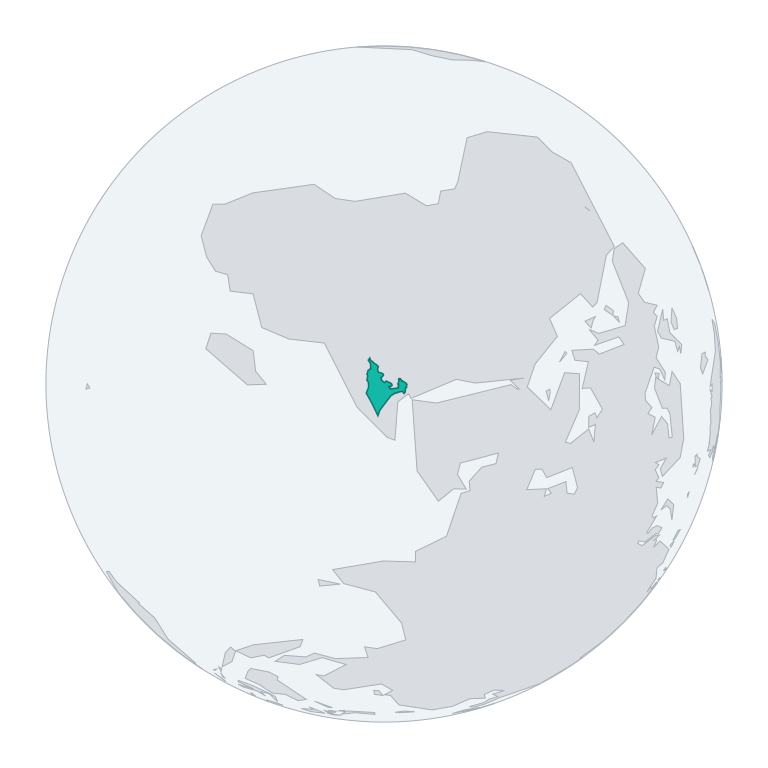 Somali highlighted on a globe, orthographic projection, rotated 109°
{"feature_id": "ETH-3134", "entity_name": "Somali", "entity_type": "Administrative State", "adm_level": 1, "iso_a3": "ETH", "parent_name": "Ethiopia", "parent_adm1": "", "projection": "orthographic", "projection_center": [42.488, 7.246], "detail": "fine", "context": "on_globe", "style": "filled", "palette": "teal", "viewbox_px": 768, "rotation_deg": 109, "n_neighbors": 0, "source": "natural_earth", "source_scale": "10m", "svg_char_len": 11851}
<svg xmlns="http://www.w3.org/2000/svg" viewBox="0 0 768 768"><g transform="rotate(109 384 384)"><circle cx="384" cy="384" r="338" fill="#eef3f6" stroke="#a8b0b8"/><path d="M190.2,107.2L184.0,111.7L178.7,115.6L177.3,116.7L190.2,107.2ZM46.2,392.8L49.4,406.4L55.3,424.9L58.0,445.4L58.7,466.1L72.6,513.8L74.5,519.7L65.0,495.4L57.3,470.4L51.6,444.8L47.9,418.9L46.2,392.8ZM346.5,48.2L347.6,48.1L334.9,49.7L334.5,49.7L346.5,48.2ZM553.2,91.5L555.3,92.8L578.9,109.2L580.1,108.9L588.4,115.0L616.3,138.7L642.8,172.4L654.3,185.1L660.0,193.4L661.3,198.3L652.9,186.1L647.4,181.7L642.5,174.6L641.8,180.1L634.7,170.4L637.6,180.4L644.8,188.1L648.1,186.1L653.6,200.2L666.6,214.5L676.5,232.5L682.6,265.4L676.3,276.4L677.7,282.5L670.9,276.1L668.4,288.7L686.2,322.5L688.0,332.7L680.8,353.2L679.5,345.6L661.6,328.5L662.9,353.3L676.7,372.6L681.6,396.6L673.0,389.8L667.5,369.0L661.1,362.2L659.5,340.7L647.8,310.0L638.9,316.8L636.4,304.2L618.9,280.1L604.3,289.5L583.4,324.5L585.8,357.1L576.2,372.1L551.5,326.8L542.0,296.3L532.1,299.7L507.6,275.3L462.3,275.5L456.8,267.9L448.1,271.8L430.9,264.5L422.8,252.2L412.0,253.3L433.9,286.0L445.6,285.1L456.6,272.0L460.4,284.0L477.1,294.4L455.4,324.4L389.7,352.2L384.9,328.1L343.2,263.6L345.4,256.5L345.3,255.7L344.9,254.3L339.4,265.8L332.8,253.5L353.3,297.8L356.1,317.2L388.8,353.7L385.3,357.6L396.3,365.1L433.6,355.4L433.4,363.5L414.9,401.7L364.7,453.7L372.4,488.5L370.4,517.9L341.4,537.2L346.3,559.6L331.6,567.3L332.2,579.9L321.7,593.0L303.4,605.1L269.7,604.3L265.8,593.0L246.1,570.4L218.0,515.2L224.5,490.4L220.7,470.7L196.6,426.0L201.7,401.8L195.8,391.3L183.1,393.2L176.5,380.7L169.0,380.0L124.1,385.6L111.9,368.7L100.6,319.3L109.8,300.9L113.9,279.1L178.9,211.1L189.8,215.7L237.8,209.1L243.3,211.8L234.6,227.6L268.1,248.8L282.5,235.6L315.9,247.6L340.1,247.6L354.1,217.9L314.5,216.9L310.7,202.5L344.8,190.9L379.9,193.6L379.5,188.3L359.9,175.8L370.5,166.7L353.4,171.0L358.4,176.4L347.9,179.8L342.6,175.1L346.6,171.7L336.7,169.2L320.4,187.5L323.7,195.1L296.4,198.0L299.3,211.2L291.0,217.3L282.9,197.3L285.7,190.2L268.4,169.9L263.0,177.3L278.9,197.5L272.8,195.8L265.6,207.8L266.3,197.4L250.3,175.0L227.4,179.1L193.6,208.1L181.1,210.4L172.8,204.2L189.7,174.5L215.6,173.1L221.9,164.2L220.6,151.4L228.6,152.6L231.3,147.7L241.4,147.3L259.7,136.2L270.6,135.3L281.5,121.7L288.6,119.9L280.1,128.1L280.1,134.1L307.7,134.2L314.2,131.4L319.1,123.0L326.0,124.8L327.2,116.7L345.0,114.3L324.3,111.0L329.5,102.8L342.2,97.1L340.2,94.2L319.5,103.7L314.6,108.3L316.3,112.9L299.6,127.0L289.3,129.3L292.7,113.6L278.4,115.7L287.3,104.0L337.9,82.9L357.0,80.0L380.8,90.7L374.2,95.1L362.3,93.0L369.8,101.8L370.9,97.7L376.7,99.7L383.1,93.7L387.5,94.9L386.1,87.5L392.2,88.4L393.0,93.0L407.7,86.4L421.5,87.6L422.7,85.7L420.1,83.3L439.3,87.3L439.3,85.7L433.1,83.7L429.0,79.6L429.4,74.4L436.1,76.0L436.8,78.1L448.4,85.7L449.4,92.0L452.1,92.3L452.8,87.3L438.8,77.9L437.1,74.4L444.8,78.2L441.9,76.5L443.2,75.3L450.6,76.0L442.6,71.8L447.5,60.8L462.4,62.2L468.7,66.0L479.2,63.6L495.2,67.7L489.3,65.5L490.4,64.4L485.4,62.9L482.7,61.9L483.1,60.9L507.2,69.4L530.7,79.6L553.2,91.5ZM153.4,245.7L150.9,252.0L153.4,245.7ZM415.3,213.1L437.4,214.6L430.2,196.3L438.1,195.8L432.8,190.2L429.6,195.1L417.0,180.2L427.6,175.4L426.3,168.1L418.8,167.3L401.6,178.8L419.5,199.6L413.2,206.9L415.3,213.1ZM173.9,119.3L176.5,117.3L172.0,120.8L173.9,119.3ZM167.1,124.9L161.5,129.8L153.1,137.4L158.4,132.5L155.4,135.1L167.1,124.9ZM235.9,124.6L238.0,127.4L232.2,132.7L218.4,136.5L226.7,128.6L235.9,124.6ZM242.4,130.4L249.7,115.4L258.6,113.3L252.4,116.8L257.5,117.0L248.9,122.9L250.3,136.7L245.2,142.5L222.5,144.8L232.7,140.4L230.0,137.5L242.4,130.4ZM252.5,89.7L255.7,85.6L270.8,86.0L266.0,89.9L251.9,93.2L249.3,90.6L252.5,89.7ZM271.2,65.4L270.8,65.6L270.7,65.6L271.2,65.4ZM263.9,68.2L255.4,71.6L248.4,74.5L263.9,68.2ZM345.8,53.9L339.8,53.4L342.2,56.4L332.8,57.0L333.7,57.4L325.7,59.1L317.5,62.0L313.7,62.2L312.1,63.4L306.8,64.9L303.3,66.7L295.3,67.9L290.5,70.4L289.4,69.6L283.2,73.8L284.2,71.3L277.4,73.7L280.0,74.9L244.9,81.4L229.4,87.8L216.0,94.9L219.5,90.9L234.3,82.3L253.8,73.1L268.2,68.3L267.2,67.9L273.8,65.7L271.8,66.9L278.8,63.9L283.7,62.5L301.1,57.4L308.0,55.0L314.5,53.5L314.3,53.8L321.0,52.2L324.9,52.1L329.7,51.2L338.3,50.7L335.1,52.6L340.6,51.6L347.5,51.9L345.8,53.9ZM333.0,50.0L334.5,49.8L339.8,49.0L337.8,49.4L349.8,47.9L348.0,49.0L342.0,50.2L329.5,50.7L324.6,51.5L317.8,52.6L333.0,50.0ZM251.4,206.1L256.0,206.9L263.6,206.4L259.2,214.4L251.4,206.1ZM240.1,190.9L244.5,190.0L242.0,200.0L237.3,199.6L240.1,190.9ZM249.1,181.4L244.9,189.1L244.3,184.8L249.1,181.4ZM284.5,127.2L289.5,126.3L289.2,128.3L285.4,131.3L284.5,127.2ZM351.0,66.4L348.5,65.0L350.5,64.4L351.8,60.7L358.9,60.5L360.9,62.6L351.0,66.4ZM346.2,222.8L338.0,228.4L334.9,225.5L338.3,224.1L346.2,222.8ZM295.6,221.1L306.2,225.2L294.3,223.3L295.6,221.1ZM358.9,65.5L358.6,63.9L362.3,64.8L358.9,65.5ZM364.1,60.2L368.8,60.9L359.9,60.0L364.1,60.2ZM483.5,660.8L485.9,664.1L480.5,664.6L483.5,660.8ZM429.3,512.8L408.6,563.9L392.3,564.2L388.2,549.4L395.1,518.5L413.7,509.5L422.6,495.3L429.3,512.8ZM708.0,449.5L709.9,450.6L709.5,452.1L708.0,449.5ZM706.2,444.5L709.0,444.5L705.2,448.1L706.2,444.5ZM709.9,444.5L712.7,441.0L713.9,438.2L713.3,441.5L709.9,444.5ZM704.1,445.0L689.4,446.6L682.6,443.3L685.0,437.3L695.9,437.4L704.1,445.0ZM684.4,437.2L673.0,422.4L652.0,377.6L659.6,377.7L680.5,403.8L679.4,408.9L686.3,420.8L684.4,437.2ZM708.8,404.4L707.5,419.4L700.1,419.2L696.3,417.3L693.8,398.6L695.3,388.8L698.6,388.7L707.5,354.8L711.4,362.2L709.6,376.2L712.6,388.7L708.8,404.4ZM587.4,360.1L596.0,379.0L590.3,382.6L587.4,360.1ZM707.9,331.9L706.5,346.4L706.8,327.3L707.9,331.9ZM706.3,314.3L708.0,321.2L705.3,314.7L706.3,314.3ZM680.5,291.9L677.1,293.9L675.5,289.1L678.9,283.7L680.5,291.9ZM683.9,248.1L689.5,261.9L690.8,266.6L686.6,258.4L683.9,248.1ZM418.9,67.5L409.2,72.4L406.9,77.1L413.0,81.2L400.3,78.2L403.8,70.8L418.9,67.5ZM443.3,61.1L437.9,58.5L442.9,59.1L444.8,59.7L443.3,61.1ZM438.2,59.9L426.6,58.3L425.3,56.5L434.7,58.1L438.2,59.9ZM392.6,60.0L389.2,61.2L386.3,60.3L392.6,60.0ZM667.7,567.5L651.8,585.3L650.6,583.0L657.9,573.0L670.6,544.1L671.7,544.5L679.7,524.8L695.6,505.0L709.2,471.3L710.0,472.6L712.6,462.9L704.7,490.4L694.6,517.1L682.2,542.9L667.7,567.5ZM712.4,450.2L716.1,438.0L716.9,436.7L712.4,450.2ZM721.5,401.7L721.5,400.9L721.5,400.5L721.5,401.7ZM721.8,393.8L721.7,390.9L721.9,389.1L721.8,393.8ZM719.9,406.4L719.6,410.3L719.2,407.4L719.9,406.4ZM720.5,403.9L721.0,407.8L720.2,407.2L720.5,403.9ZM714.2,391.7L715.0,400.8L717.6,394.4L715.6,403.3L716.3,418.3L715.3,424.2L714.8,407.9L712.9,425.2L711.6,425.1L711.9,410.5L713.7,392.4L714.9,384.9L719.1,381.1L714.2,391.7ZM720.9,392.5L720.5,381.9L720.6,374.7L721.1,380.2L720.9,392.5ZM717.7,356.6L714.8,344.8L713.6,349.8L714.5,332.3L717.5,346.4L717.7,356.6ZM712.8,330.4L711.9,334.8L711.9,324.8L712.8,330.4ZM710.8,330.9L709.0,322.6L710.6,323.5L710.8,330.9ZM713.7,330.6L711.2,316.5L713.4,324.7L713.7,330.6ZM704.2,304.4L710.3,317.3L705.1,312.2L697.7,285.9L699.4,284.9L704.2,304.4ZM668.3,202.5L663.9,196.0L663.5,194.5L666.6,199.4L668.3,202.5ZM660.1,189.2L661.9,192.1L664.4,198.0L666.9,201.0L673.4,212.3L666.0,201.9L659.3,189.6L658.6,187.3L652.1,178.3L649.7,175.2L660.1,189.2ZM590.8,116.8L583.3,111.2L577.8,107.2L578.1,107.4L590.8,116.8ZM479.9,61.2L476.6,60.0L479.8,60.7L479.9,61.2ZM469.3,57.4L468.0,57.4L466.6,56.6L469.3,57.4ZM465.7,57.9L466.2,57.0L469.7,59.0L465.7,57.9Z" fill="#d9dde1" stroke="#a8b0b8" stroke-width="1"/><path d="M416.0,379.4L407.0,388.3L404.2,391.3L398.9,397.2L398.4,397.7L398.2,397.8L392.7,397.5L392.0,397.7L390.1,398.2L387.7,399.3L386.8,400.1L386.7,400.1L386.6,400.4L386.5,400.8L386.4,401.0L386.2,401.2L386.0,401.4L385.8,401.5L382.9,401.9L381.9,402.0L381.7,402.0L381.2,402.4L380.8,402.6L380.7,402.7L380.6,402.8L380.6,403.0L380.5,403.3L380.2,403.4L379.9,403.4L379.6,403.2L379.4,403.2L379.1,403.3L378.9,403.3L378.8,403.2L378.7,403.2L378.2,403.3L377.8,403.4L376.5,403.5L376.2,403.5L375.9,403.3L375.7,403.1L375.3,402.6L375.1,402.5L375.0,402.4L374.8,402.3L374.6,402.3L374.6,402.2L374.3,401.9L374.0,401.6L373.9,401.4L373.5,401.7L371.6,402.4L371.6,402.5L370.5,402.9L370.4,402.9L370.3,403.0L368.5,403.9L368.4,404.0L368.1,404.8L367.9,405.1L367.0,405.9L366.9,406.0L366.7,406.4L366.6,406.6L366.4,406.6L366.3,406.4L366.2,406.3L366.0,406.2L365.3,406.2L365.0,406.2L364.8,406.2L364.5,406.1L364.0,405.9L364.5,405.5L365.0,405.3L365.3,405.2L365.4,404.9L366.3,403.6L366.4,403.2L366.3,402.8L366.4,402.7L366.6,402.2L366.7,401.7L366.9,401.4L367.9,399.2L367.9,398.7L368.0,398.1L368.2,397.6L368.3,397.1L368.6,396.7L368.9,395.8L369.5,394.9L369.9,394.9L370.1,395.0L370.5,395.1L370.9,395.0L371.0,395.0L371.3,395.0L371.5,394.9L372.0,394.8L372.3,394.8L372.5,394.8L372.6,394.7L373.5,393.9L374.4,393.4L374.8,393.1L374.6,392.6L374.6,392.4L374.6,391.8L374.5,390.7L374.5,390.4L374.6,390.2L374.6,389.9L374.6,389.7L374.5,389.4L374.5,389.1L374.5,388.9L374.5,388.7L374.7,388.3L374.8,388.2L375.2,387.9L375.5,387.5L375.6,387.4L376.0,387.3L376.3,387.4L376.6,387.6L377.3,388.0L377.6,388.0L377.9,388.1L378.0,388.2L378.9,389.2L379.0,389.1L379.3,388.8L379.4,388.7L379.6,388.3L379.8,388.2L380.0,388.0L380.3,388.2L380.5,388.2L380.9,388.0L381.1,387.8L381.1,387.7L381.3,387.4L381.4,387.0L381.5,386.8L381.6,386.7L381.6,386.4L381.6,386.2L381.7,385.9L381.8,385.8L381.9,385.7L382.0,385.6L382.1,385.4L382.2,385.2L382.2,384.9L382.4,384.7L382.4,384.4L382.5,384.1L382.4,383.8L382.4,383.7L380.6,383.0L380.5,382.9L380.4,382.4L380.4,382.2L380.5,382.0L380.8,381.4L380.9,381.0L380.8,380.8L380.7,380.6L380.7,380.4L380.8,378.9L380.8,378.5L380.9,378.3L381.3,377.8L381.3,377.6L381.3,377.1L381.6,376.7L381.8,376.5L382.4,376.0L382.8,375.9L383.0,376.3L383.8,376.5L384.1,376.7L384.3,376.9L384.4,377.9L384.5,378.2L384.7,378.5L384.9,378.7L385.1,378.7L385.3,378.5L385.5,377.6L385.6,377.4L385.8,377.3L386.3,377.2L386.4,376.8L386.5,376.5L386.5,376.4L386.5,376.2L386.4,376.1L386.1,375.6L386.0,375.4L386.2,374.8L386.2,374.6L385.8,374.3L385.7,374.2L385.3,373.8L384.9,373.2L384.8,372.8L384.8,372.7L384.7,372.5L384.6,372.4L384.4,371.9L384.4,371.6L384.0,370.8L383.8,370.6L383.6,370.3L383.4,370.3L383.5,369.7L383.4,369.5L383.1,369.4L382.9,369.2L382.6,369.1L382.3,369.1L382.1,369.3L381.4,370.0L381.1,369.9L380.7,369.7L380.4,369.7L380.1,369.8L379.8,369.9L379.7,370.2L379.6,370.6L379.6,370.9L379.3,370.9L379.2,370.8L379.1,370.7L378.9,370.6L378.6,370.7L378.3,370.9L378.2,370.9L377.6,370.8L377.2,370.7L376.9,370.7L376.7,370.7L376.6,370.8L376.3,371.0L376.2,371.1L375.8,371.3L375.7,371.3L375.5,371.5L375.4,371.5L375.2,371.6L374.7,371.8L374.4,371.8L374.2,371.7L374.1,371.4L374.3,371.3L374.5,371.4L374.8,371.3L374.9,371.2L374.6,370.9L374.3,371.0L374.0,371.0L373.7,371.0L373.6,370.6L373.7,370.2L373.8,370.0L374.3,369.2L374.7,368.8L375.4,368.2L375.5,368.0L375.4,368.0L375.2,367.9L375.0,367.6L375.9,364.3L375.9,364.1L375.8,363.9L375.9,363.6L376.1,363.4L376.6,363.0L376.7,362.7L376.8,362.5L376.8,362.4L376.8,362.2L377.0,362.1L379.4,362.1L379.6,362.1L379.8,362.0L379.8,361.9L379.9,362.0L380.0,362.0L380.7,362.2L380.7,362.3L380.8,362.3L380.9,362.2L381.2,362.2L381.4,362.2L381.6,362.0L381.7,361.9L382.1,361.9L382.3,362.0L382.5,362.0L382.7,361.9L382.8,361.9L383.1,361.8L383.3,361.8L383.6,361.8L384.0,361.5L384.5,361.4L385.2,361.4L385.3,361.5L385.5,361.8L385.8,361.9L386.0,362.0L386.3,362.0L386.4,361.9L386.5,361.9L386.5,362.0L386.4,362.3L386.0,362.5L385.9,362.6L385.9,362.8L385.7,363.0L385.5,363.3L385.4,363.4L385.3,363.7L385.3,363.8L385.2,363.9L385.1,364.0L384.9,364.0L385.0,364.4L385.2,364.7L385.5,365.0L385.7,365.3L385.8,365.8L385.9,366.2L386.0,366.5L386.7,367.1L386.9,367.2L387.0,367.4L387.0,367.6L387.1,367.8L387.2,368.1L387.4,368.2L387.6,368.3L387.8,368.4L388.1,368.5L388.3,369.6L388.4,369.8L388.6,370.0L388.8,370.0L388.9,370.3L389.0,370.3L389.3,370.7L389.3,370.8L389.3,371.0L390.2,371.7L390.3,371.7L390.5,371.6L392.7,373.6L392.9,373.7L401.6,376.6L403.1,377.1L409.9,379.3L410.2,379.4L416.0,379.4Z" fill="#14b8a6" stroke="#0f766e" stroke-width="1.5"/></g></svg>